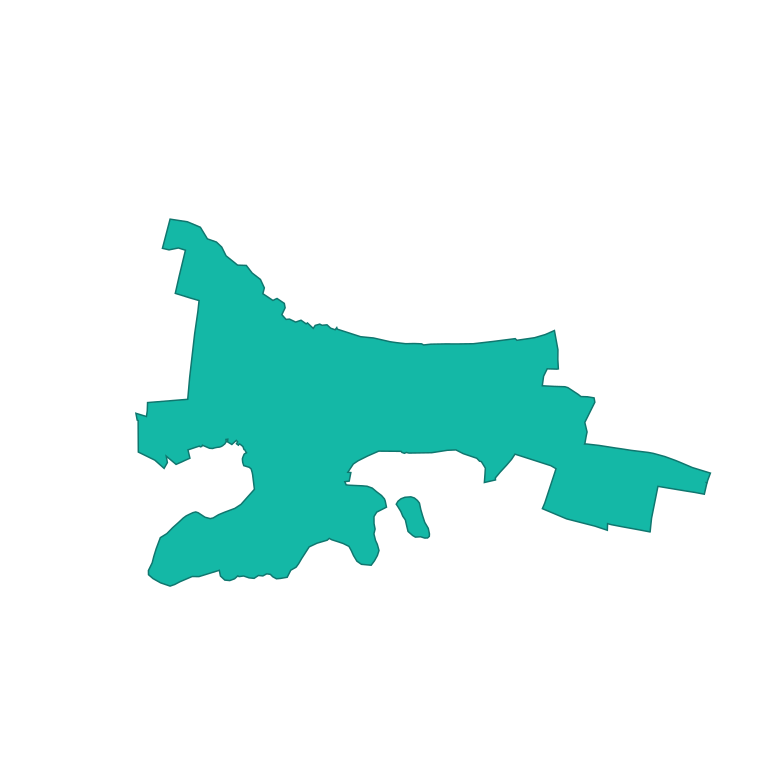 the district of Vaini, Tongatapu, Tonga, rotated 162°
{"feature_id": "48082658B87920107186750", "entity_name": "Vaini", "entity_type": "district", "adm_level": 2, "iso_a3": "TON", "parent_name": "Tonga", "parent_adm1": "Tongatapu", "projection": "albers", "projection_center": [-175.201, -21.199], "detail": "fine", "context": "isolated", "style": "filled", "palette": "teal", "viewbox_px": 768, "rotation_deg": 162, "n_neighbors": 0, "source": "geoboundaries", "source_scale": "gbopen_adm2", "svg_char_len": 4168}
<svg xmlns="http://www.w3.org/2000/svg" viewBox="0 0 768 768"><g transform="rotate(162 384 384)"><path d="M176.6,161.1L174.1,166.8L171.0,173.7L155.1,202.0L129.3,188.6L121.8,184.8L113.4,180.2L107.6,189.9L107.7,190.2L107.4,190.0L106.1,192.1L101.1,198.4L116.5,209.2L122.0,214.0L127.3,218.6L130.5,221.3L139.3,228.2L149.3,234.8L153.7,237.2L169.6,244.6L178.5,249.1L183.4,251.5L190.7,255.2L198.6,259.2L209.8,264.3L211.7,265.0L211.2,265.6L207.5,272.5L205.7,275.6L204.9,285.4L189.1,301.5L188.5,305.9L194.5,309.0L200.6,311.2L202.3,313.8L210.2,323.7L212.8,325.5L222.8,329.1L234.0,333.4L229.8,342.1L224.1,348.0L214.9,344.7L213.5,344.5L211.1,353.6L208.0,362.8L205.4,382.2L215.4,381.2L226.5,381.5L244.1,384.5L245.2,386.6L266.8,390.7L286.6,394.7L302.1,399.5L313.0,403.1L327.1,407.4L334.3,408.9L335.8,410.6L342.9,413.2L350.9,415.6L359.2,419.4L362.7,421.1L365.1,422.3L379.7,431.0L391.6,436.2L411.5,450.6L411.5,452.2L413.7,450.7L417.5,453.6L419.9,457.9L424.8,459.0L426.6,460.8L431.3,461.0L434.1,458.8L437.7,465.3L437.9,465.7L439.5,465.3L443.2,470.3L448.9,470.2L453.8,474.9L457.2,475.7L459.7,481.5L454.5,487.0L453.9,491.5L459.3,498.4L461.2,498.2L463.8,497.8L471.3,507.3L468.1,512.4L469.2,521.6L475.1,530.3L478.3,539.3L486.5,542.3L494.6,554.7L496.0,564.3L499.5,570.8L507.1,576.6L510.2,589.8L520.8,599.0L536.1,606.7L536.5,606.9L552.8,581.5L547.0,578.0L537.5,576.9L531.5,572.6L545.5,549.8L554.5,534.7L541.2,525.3L534.1,520.5L538.6,510.5L548.6,490.2L566.8,450.3L575.4,430.1L614.6,439.4L617.5,431.5L620.0,426.5L629.0,432.8L629.9,425.9L629.1,425.3L632.2,415.6L638.7,395.2L631.8,388.5L625.5,382.4L619.2,371.7L614.3,376.2L613.4,382.7L606.6,371.8L600.4,372.4L596.5,372.9L591.5,373.4L590.8,381.9L581.6,382.0L578.8,382.0L578.1,381.0L576.6,380.9L575.6,381.9L569.8,376.8L566.9,375.6L564.8,375.6L562.2,375.3L559.8,374.8L557.8,374.9L556.5,375.2L555.1,375.8L554.1,376.1L551.8,377.9L551.5,380.1L549.6,379.8L550.7,377.3L547.4,373.5L541.9,376.0L541.1,374.2L542.8,372.8L541.4,370.8L540.1,371.7L539.3,371.0L537.5,368.1L537.4,364.9L536.7,364.3L536.5,362.8L536.0,361.1L537.4,360.9L538.7,360.5L539.9,359.1L540.9,357.9L541.8,356.6L542.2,355.0L542.6,353.1L542.6,349.7L537.9,346.4L536.6,344.3L536.7,340.5L537.0,338.2L539.8,323.9L557.2,313.7L564.3,311.8L573.5,311.4L575.6,311.3L581.8,310.8L587.9,309.4L590.9,309.7L595.4,312.6L600.5,319.0L602.6,320.5L605.4,320.7L609.5,320.2L612.9,319.7L616.5,318.5L621.8,316.0L629.5,312.6L633.1,310.7L636.8,308.8L644.2,307.0L651.6,297.7L656.3,291.0L659.7,285.6L665.7,279.4L666.9,275.4L663.8,270.3L657.9,263.9L649.9,257.9L645.0,258.0L639.1,259.0L625.9,260.2L619.5,258.0L598.2,257.7L598.9,251.9L596.0,246.7L591.4,244.7L586.3,244.9L582.3,246.7L581.4,245.6L576.9,244.8L572.2,241.3L567.6,239.3L562.6,240.7L558.5,238.9L554.2,239.7L550.9,238.1L549.4,235.1L546.5,232.0L542.6,231.1L535.8,230.1L530.2,235.7L524.1,237.0L520.7,239.5L516.3,243.4L505.5,252.2L496.9,253.3L486.3,253.0L483.8,254.1L481.8,252.0L476.1,247.9L472.1,244.9L467.5,240.4L466.6,235.6L466.0,230.2L464.5,223.8L461.2,219.5L452.2,215.6L447.7,218.8L443.3,222.9L440.2,227.2L439.9,233.6L440.4,237.8L439.9,244.6L437.3,248.8L436.6,254.4L434.5,261.0L430.5,264.4L419.7,266.1L419.0,272.4L419.1,274.6L420.8,278.7L424.4,283.9L427.3,288.6L431.7,292.0L436.2,293.9L443.1,296.5L448.9,298.7L451.2,299.8L451.2,300.4L451.5,303.2L447.1,302.4L442.9,310.0L445.7,311.2L437.9,317.4L432.3,319.0L421.7,320.6L409.8,321.8L388.6,314.7L388.1,313.4L386.0,311.8L383.9,312.0L381.6,310.6L359.8,303.9L344.3,301.4L336.0,299.1L330.2,293.3L318.7,284.7L317.0,281.1L315.4,280.1L314.6,276.8L313.6,272.7L316.0,266.6L319.0,259.3L307.6,258.3L307.1,260.3L300.9,264.2L292.7,268.8L286.1,272.8L281.1,276.8L267.8,267.2L250.5,254.7L246.6,250.3L247.6,248.9L248.5,247.6L267.9,221.1L271.9,216.5L252.0,199.3L227.4,183.7L216.8,175.9L214.5,182.1L211.3,180.0L201.7,174.7L186.5,166.5L176.7,161.1L176.6,161.1ZM390.1,224.1L388.0,225.1L387.1,227.4L386.5,233.1L388.0,239.9L388.0,246.9L387.8,253.2L387.1,259.8L388.2,262.9L390.3,266.2L393.3,268.4L399.1,269.8L403.3,269.6L406.9,268.2L409.5,265.9L408.8,263.5L407.4,257.6L407.0,252.5L405.7,248.2L406.3,241.7L406.7,236.3L403.6,231.1L401.5,228.7L396.4,227.4L392.9,224.9L390.1,224.1Z" fill="#14b8a6" stroke="#0f766e" stroke-width="1.5"/></g></svg>